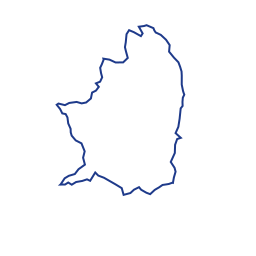 outline of Malia, Limassol, Cyprus, rotated 317°
{"feature_id": "46923920B95494316044339", "entity_name": "Malia", "entity_type": "district", "adm_level": 2, "iso_a3": "CYP", "parent_name": "Cyprus", "parent_adm1": "Limassol", "projection": "orthographic", "projection_center": [32.764, 34.803], "detail": "fine", "context": "isolated", "style": "outline", "palette": "blue", "viewbox_px": 256, "rotation_deg": 317, "n_neighbors": 0, "source": "geoboundaries", "source_scale": "gbopen_adm2", "svg_char_len": 1431}
<svg xmlns="http://www.w3.org/2000/svg" viewBox="0 0 256 256"><g transform="rotate(317 128 128)"><path d="M40.0,123.3L43.4,126.4L47.1,127.1L48.2,131.1L53.2,132.1L58.4,135.5L63.0,137.6L64.3,140.8L73.7,138.2L73.8,142.5L76.5,148.0L80.4,160.6L82.4,167.7L79.2,173.9L85.4,177.2L90.3,177.2L95.7,178.8L95.5,182.1L97.3,187.9L99.1,191.5L105.3,191.5L107.2,191.9L110.2,192.6L114.4,193.2L117.3,195.2L119.7,196.8L123.0,198.2L123.4,198.8L127.8,195.5L133.0,192.4L134.9,188.9L136.1,182.0L145.2,178.2L151.0,172.4L156.4,169.6L159.9,171.2L159.3,164.2L165.6,161.5L172.1,156.4L179.9,149.6L183.0,149.1L185.6,146.1L188.8,143.2L191.9,142.0L192.7,140.1L193.6,138.3L196.9,132.9L203.0,126.4L205.7,123.2L207.9,118.7L209.7,114.3L209.6,107.9L210.1,100.2L215.0,95.8L216.0,89.4L215.5,82.3L214.1,78.7L213.4,77.1L213.8,74.6L214.7,72.3L211.7,65.5L209.2,64.3L205.0,61.3L203.2,68.8L200.1,69.6L197.6,61.8L195.5,57.2L190.9,58.4L184.8,63.8L180.9,66.8L178.7,70.7L175.6,76.6L169.2,76.7L163.6,71.6L161.1,65.4L157.3,60.5L156.8,61.4L152.2,63.6L148.7,65.0L145.7,69.5L143.7,73.3L139.2,75.1L135.0,73.5L134.7,78.0L130.0,78.8L125.9,77.6L121.0,81.1L114.8,80.8L110.9,78.4L108.2,73.9L102.1,69.6L97.5,68.3L93.8,62.7L91.7,62.4L91.3,67.8L89.9,72.5L91.9,75.3L90.9,79.0L87.4,83.9L85.5,89.4L83.1,92.2L81.6,95.2L81.3,101.4L83.5,107.5L80.4,115.5L74.9,119.1L71.5,125.4L63.7,124.4L57.7,125.4L52.1,122.6L47.4,121.6L40.3,123.3L40.0,123.3Z" fill="none" stroke="#1e3a8a" stroke-width="2"/></g></svg>